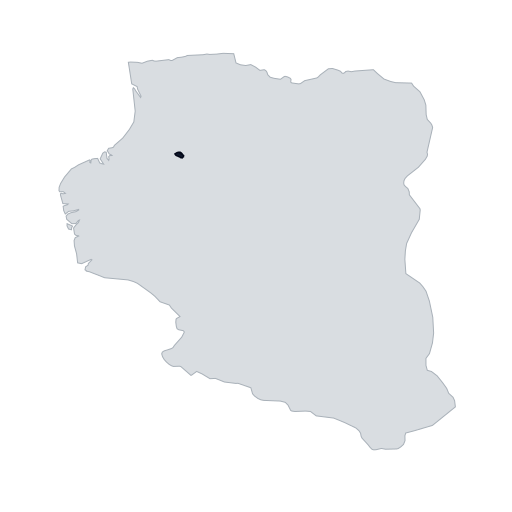 Emure, Ekiti, Nigeria shown in context, rotated 84°
{"feature_id": "59680162B54887547034560", "entity_name": "Emure", "entity_type": "district", "adm_level": 2, "iso_a3": "NGA", "parent_name": "Nigeria", "parent_adm1": "Ekiti", "projection": "robinson", "projection_center": [5.496, 7.408], "detail": "fine", "context": "in_parent", "style": "filled", "palette": "ink", "viewbox_px": 512, "rotation_deg": 84, "n_neighbors": 0, "source": "geoboundaries", "source_scale": "gbopen_adm2", "svg_char_len": 4458}
<svg xmlns="http://www.w3.org/2000/svg" viewBox="0 0 512 512"><g transform="rotate(84 256 256)"><path d="M426.9,73.5L442.9,98.2L446.3,116.6L447.7,125.6L450.3,126.7L455.2,127.1L458.8,129.0L461.0,132.0L462.4,134.8L462.6,136.4L461.7,147.4L460.5,151.4L461.2,156.8L461.1,159.1L460.5,160.7L458.3,162.5L455.4,164.3L448.2,169.6L446.2,170.3L443.2,170.5L440.6,171.8L437.5,174.6L431.0,185.1L425.3,195.7L421.3,212.8L416.3,218.1L415.4,222.9L414.7,233.5L413.9,236.7L413.1,237.7L407.7,239.7L404.6,242.2L402.8,247.0L400.4,263.4L399.6,266.1L397.9,269.0L395.1,272.1L392.7,273.8L386.5,274.9L380.7,287.3L380.6,289.4L378.0,300.6L373.5,309.1L373.2,314.6L367.6,322.0L364.6,327.1L367.7,332.4L367.9,333.2L358.2,342.2L357.6,343.5L357.2,349.7L356.4,351.4L354.7,353.7L352.0,356.2L349.4,358.1L346.3,359.5L343.4,360.0L341.8,359.2L340.8,357.3L339.2,349.7L338.4,348.1L336.5,346.6L328.9,338.3L324.3,335.3L323.4,335.5L322.6,336.3L321.3,340.5L320.1,342.1L317.7,342.6L313.5,342.7L310.4,342.1L309.7,341.2L308.3,337.9L298.9,345.6L295.7,347.3L291.5,356.2L285.6,360.7L281.6,364.6L270.7,376.9L268.6,380.5L266.4,385.8L261.8,408.8L254.3,423.2L253.3,426.3L252.9,426.2L251.9,427.5L249.0,426.6L247.6,424.0L245.9,423.5L242.7,419.6L242.1,420.3L245.4,430.2L244.2,434.1L235.0,434.2L227.0,435.5L221.6,435.3L218.9,433.9L217.6,430.2L217.2,430.6L216.9,432.6L215.2,434.2L209.1,434.5L206.4,431.9L204.2,429.1L201.8,427.8L202.2,429.0L204.9,431.8L204.6,435.8L199.7,440.4L196.5,440.7L194.6,438.7L193.6,435.4L193.1,430.6L191.8,427.5L191.1,427.5L192.0,432.7L192.0,437.6L194.3,441.3L190.7,442.5L186.4,442.6L185.9,441.2L185.3,438.1L184.6,437.3L183.7,442.6L174.8,444.1L173.6,443.9L173.3,442.9L174.0,441.4L173.8,439.0L171.9,440.9L171.6,444.5L170.4,445.1L167.1,444.6L163.4,442.7L157.4,438.1L150.1,430.5L148.9,427.1L146.8,423.0L143.0,411.5L143.7,411.0L145.4,411.6L146.2,410.6L143.1,409.8L142.5,408.9L142.3,406.4L142.4,403.3L147.1,401.7L148.1,399.8L148.7,397.9L143.1,400.8L137.7,397.6L136.6,395.6L137.1,394.1L143.3,394.0L145.5,392.5L144.2,392.0L141.8,392.1L140.9,391.1L141.0,388.7L140.3,389.3L139.2,391.3L135.7,392.9L133.5,391.3L133.3,387.9L132.9,386.4L131.1,385.2L124.8,376.2L116.9,368.7L109.9,363.5L99.3,361.0L77.1,361.1L75.8,360.4L77.2,359.2L79.1,358.4L86.3,354.2L85.1,353.6L77.7,356.3L75.1,356.5L71.8,361.6L50.0,362.7L50.0,360.4L51.0,353.7L52.4,349.2L50.9,343.6L50.5,338.6L51.4,337.0L51.8,335.1L51.6,322.2L52.7,320.3L52.8,319.0L50.5,313.5L50.5,309.3L50.1,305.2L49.4,303.4L50.3,287.6L50.0,283.7L50.7,281.0L51.1,274.2L51.0,267.5L52.5,257.0L61.9,255.7L64.2,251.5L65.5,246.3L65.1,241.2L68.1,236.7L71.8,232.7L71.6,228.3L72.6,226.9L74.4,225.9L76.9,225.4L79.7,223.2L81.2,219.4L82.8,213.2L80.4,209.0L80.4,208.0L81.3,205.7L82.8,203.4L84.0,202.7L86.7,203.3L87.6,202.4L89.3,195.6L89.2,193.8L86.7,189.2L85.3,177.0L84.5,175.4L82.6,173.2L77.4,164.5L77.5,160.4L79.7,155.2L81.1,152.7L83.1,151.3L83.5,150.1L82.9,148.6L81.9,147.5L81.7,145.1L82.7,141.9L82.4,138.3L83.0,119.8L87.2,116.2L93.4,110.2L96.5,103.9L98.2,99.1L100.3,83.2L103.6,81.5L109.8,75.8L118.2,72.4L123.7,71.3L133.2,72.0L138.1,71.4L142.2,68.3L144.1,67.4L146.7,66.9L170.6,75.1L172.8,74.8L174.6,75.3L177.6,77.5L184.7,85.2L192.1,97.0L194.4,99.6L196.7,101.0L199.0,101.5L200.8,101.3L202.5,100.1L204.8,97.9L208.3,96.9L211.2,97.1L226.1,88.0L227.5,87.9L236.6,89.8L249.1,98.9L259.3,104.9L266.5,106.9L274.9,108.3L289.2,108.8L300.0,96.0L304.0,93.2L308.8,90.6L318.9,88.3L335.5,86.6L351.2,87.4L360.9,89.6L371.2,93.7L375.6,97.7L382.6,98.4L387.6,97.6L389.2,93.6L394.1,88.4L401.6,83.6L407.6,80.2L412.7,78.7L417.1,74.8L420.7,73.6L426.9,73.5ZM209.6,439.6L206.3,440.8L204.1,440.5L207.1,435.3L208.6,436.4L210.6,436.8L209.6,439.6Z" fill="#d9dde1" stroke="#a8b0b8" stroke-width="1"/><path d="M148.4,317.5L147.8,318.2L147.3,318.8L147.0,319.2L147.0,319.3L146.5,318.9L146.4,319.0L146.2,319.2L146.1,319.3L145.9,319.4L145.9,319.5L145.7,319.5L145.6,319.8L145.6,320.0L145.7,320.3L145.7,320.5L145.3,320.3L145.1,320.4L144.9,320.5L144.9,321.0L144.8,321.4L144.7,321.6L144.8,322.0L144.7,322.7L145.0,323.3L145.0,323.6L145.0,323.9L145.1,324.1L145.5,324.8L145.9,325.9L146.1,325.9L146.4,325.8L146.7,325.6L146.9,325.5L147.2,325.3L147.3,325.2L147.8,324.7L147.9,324.4L148.1,324.1L148.2,323.8L148.3,323.7L148.5,323.3L148.6,323.1L148.8,322.8L149.0,322.5L149.2,322.2L149.3,322.0L149.3,321.9L149.5,321.7L149.6,321.3L149.8,321.1L150.1,320.8L150.2,320.5L150.4,320.1L150.5,320.1L150.5,319.8L150.6,319.4L150.7,319.1L150.1,318.8L149.8,317.8L148.6,317.6L148.4,317.5Z" fill="#0f172a" stroke="#020617" stroke-width="1.5"/></g></svg>